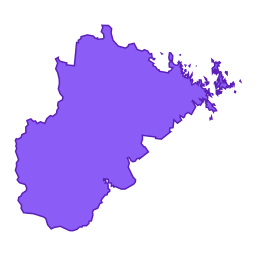 the district of Whitsunday, Queensland, Australia
{"feature_id": "25037944B87142005071762", "entity_name": "Whitsunday", "entity_type": "district", "adm_level": 2, "iso_a3": "AUS", "parent_name": "Australia", "parent_adm1": "Queensland", "projection": "albers", "projection_center": [148.444, -20.698], "detail": "fine", "context": "isolated", "style": "filled", "palette": "violet", "viewbox_px": 256, "rotation_deg": 0, "n_neighbors": 0, "source": "geoboundaries", "source_scale": "gbopen_adm2", "svg_char_len": 5713}
<svg xmlns="http://www.w3.org/2000/svg" viewBox="0 0 256 256"><path d="M63.0,96.9L62.4,99.8L58.2,102.2L57.6,105.2L58.6,108.0L57.0,110.2L56.5,113.3L52.9,116.4L50.3,115.6L46.9,118.6L44.7,123.4L40.4,121.8L37.2,123.6L35.5,121.0L33.0,121.2L30.9,118.9L26.9,120.5L28.2,124.7L25.8,127.0L25.9,132.8L21.9,134.6L21.0,137.6L17.6,139.2L16.3,138.7L15.4,140.4L16.5,143.9L15.8,146.3L16.8,147.9L15.6,151.4L18.6,159.7L16.4,163.0L16.6,166.2L15.4,170.3L18.7,177.3L17.2,179.8L19.5,182.7L25.2,184.5L26.8,188.1L26.2,190.7L22.2,193.4L21.0,196.0L18.8,197.3L18.1,200.5L21.6,205.4L21.1,208.3L23.6,212.7L33.5,213.7L43.8,217.0L45.8,218.6L47.7,224.8L51.2,228.9L54.3,227.4L60.3,226.3L69.6,230.6L72.8,230.7L77.2,229.2L79.4,227.0L82.1,227.0L82.8,225.7L86.5,225.7L88.8,223.5L89.2,221.2L91.4,220.9L92.9,214.9L92.5,211.9L93.6,209.9L97.7,208.2L99.9,203.5L102.1,202.6L101.1,200.5L102.3,198.5L105.1,195.1L107.1,194.8L107.7,192.5L109.7,191.4L109.7,189.6L108.0,188.6L108.2,185.5L107.4,183.0L105.2,182.9L105.9,181.7L105.4,179.9L103.7,180.5L103.7,178.8L108.2,179.3L108.7,182.8L111.4,183.1L111.4,186.3L113.4,185.5L114.0,187.1L115.0,186.4L121.3,189.1L125.2,189.0L133.6,184.2L135.2,182.2L135.6,180.0L132.8,176.7L128.2,167.1L129.3,162.9L127.4,157.9L129.2,157.5L131.1,160.7L133.0,161.8L135.4,161.0L136.5,159.0L139.4,158.0L139.5,158.8L148.4,151.9L144.9,146.8L143.8,146.8L141.1,143.4L142.5,139.3L142.4,135.3L155.7,137.0L155.6,138.4L161.4,139.1L170.6,131.8L169.7,131.7L169.8,128.1L173.0,127.7L173.9,119.8L177.4,123.2L181.6,120.1L180.2,117.7L180.2,115.6L183.4,117.7L184.5,116.9L185.2,114.3L188.0,112.4L191.4,114.4L195.7,106.7L193.3,102.9L193.4,101.7L192.2,101.3L192.7,100.6L197.7,105.4L199.3,104.5L200.4,105.2L202.4,102.3L201.5,100.2L199.9,99.6L199.6,98.9L202.5,100.1L203.3,102.5L203.0,98.5L204.0,99.4L204.8,98.9L205.2,101.1L206.0,101.4L206.1,99.5L207.0,102.2L205.6,103.0L206.9,104.7L206.1,105.0L206.2,107.4L208.2,107.6L209.4,110.2L212.1,109.7L213.5,112.0L213.7,111.1L216.5,110.7L215.5,108.7L212.0,106.1L212.7,104.9L214.7,105.2L213.9,103.9L211.7,104.4L207.6,100.1L207.7,96.1L205.5,95.4L206.9,95.3L206.6,93.4L207.5,93.5L207.9,92.0L206.4,90.5L205.7,92.2L204.6,91.0L206.1,89.9L205.5,88.8L203.1,88.8L200.9,86.6L200.7,85.2L202.5,85.9L203.4,85.6L203.1,84.4L203.4,84.8L204.1,84.3L201.8,83.9L201.0,80.0L199.3,79.9L199.3,82.7L197.5,81.8L198.0,84.7L195.7,82.7L192.0,84.9L191.5,84.0L192.8,80.5L192.2,79.4L190.6,81.1L190.4,77.9L192.0,75.4L192.0,73.9L189.7,77.9L188.7,77.6L188.4,73.2L187.3,75.3L187.4,78.2L184.6,77.3L186.5,73.8L184.5,76.3L182.8,76.0L182.9,74.3L183.8,73.7L184.3,72.7L181.6,73.1L182.3,71.5L181.2,71.0L182.6,69.4L182.4,68.7L181.3,69.2L181.4,67.8L180.1,67.3L180.9,62.4L178.8,63.4L177.7,65.2L176.1,65.2L174.3,64.7L172.3,62.2L170.2,61.6L169.1,63.1L169.3,67.0L172.8,67.7L171.0,70.4L168.7,71.4L168.5,72.9L159.5,71.3L159.1,69.9L157.4,69.6L155.7,67.0L153.2,65.8L152.9,64.5L153.8,63.5L148.6,60.2L149.6,57.9L152.2,58.0L151.5,53.0L151.2,54.0L149.5,53.9L147.6,51.0L144.3,49.7L142.2,51.2L137.2,49.5L134.0,43.3L128.7,44.6L127.9,46.6L125.4,48.1L118.2,46.1L113.0,40.2L111.1,33.1L111.6,28.6L108.5,25.5L102.0,25.3L102.8,27.4L101.3,31.7L103.6,34.1L104.0,37.7L103.2,38.8L97.9,39.3L96.9,38.6L97.5,38.3L98.0,37.4L97.3,38.3L95.0,38.2L93.4,36.1L87.4,34.9L81.0,36.7L81.1,38.5L78.3,40.3L78.4,42.7L76.6,42.5L74.4,65.7L66.5,64.9L66.8,63.0L60.1,61.3L58.1,58.8L58.3,57.4L55.5,58.9L57.7,63.0L55.7,68.8L57.7,72.6L59.2,78.8L59.4,83.9L58.3,88.8L60.1,93.7L63.0,96.9ZM219.7,80.9L214.9,85.7L216.4,85.2L215.9,86.2L216.8,86.0L217.3,87.4L220.1,84.6L220.3,83.0L220.9,83.4L218.5,86.9L219.7,87.0L219.8,89.6L222.0,89.0L221.3,88.0L222.4,86.7L225.5,88.9L226.5,86.7L227.9,87.6L229.5,86.1L227.5,85.3L225.8,82.0L224.8,83.5L225.9,79.9L223.8,82.0L224.4,79.7L222.5,81.5L222.3,78.8L223.2,77.3L222.8,76.5L221.1,76.8L221.8,74.7L220.8,73.6L221.3,72.3L220.2,71.7L219.1,71.9L219.5,75.0L217.3,80.1L217.7,80.8L219.3,79.1L219.7,80.9ZM218.4,64.2L220.3,62.8L219.5,61.8L216.4,63.1L216.3,64.0L215.9,62.0L214.4,62.9L214.8,66.0L212.2,68.3L212.5,73.1L215.2,68.3L213.9,72.8L215.1,73.6L216.6,69.3L216.7,74.0L218.7,71.8L217.2,66.7L218.1,65.3L219.3,66.6L218.4,64.2ZM172.7,55.7L170.7,52.9L169.5,52.8L168.8,57.7L169.4,60.1L172.4,60.6L172.7,55.7ZM208.8,91.2L209.2,88.3L208.2,90.3L208.9,95.0L211.1,96.4L208.8,91.2ZM232.5,83.7L230.7,83.6L230.6,86.8L232.5,86.6L231.9,84.7L233.2,83.2L233.4,81.6L232.5,83.7ZM219.5,91.6L219.0,90.5L218.2,90.0L218.0,93.3L218.7,93.0L218.7,94.6L219.6,92.5L220.2,92.0L220.1,93.4L221.1,93.3L221.6,91.6L219.5,91.6ZM208.5,83.6L208.7,82.1L206.9,82.0L206.5,85.0L208.5,83.6ZM217.5,95.0L217.1,90.7L216.3,90.5L216.3,93.8L217.5,95.0ZM212.1,61.8L213.2,62.0L213.5,60.8L211.9,59.4L212.1,61.8ZM226.9,72.1L225.6,71.7L225.4,72.5L227.1,74.5L227.1,71.2L226.9,72.1ZM214.4,83.8L215.7,83.6L215.8,81.7L214.6,82.2L214.4,83.8ZM206.8,80.5L206.4,78.8L204.9,77.7L205.8,79.8L206.8,80.5ZM153.2,59.4L154.0,59.7L154.8,58.8L153.7,58.3L153.2,59.4ZM235.2,92.6L235.6,91.7L235.0,91.1L234.6,92.2L235.2,92.6ZM184.6,70.8L185.9,71.2L185.8,69.8L185.2,69.8L184.6,70.8ZM234.0,85.3L234.2,84.0L233.7,83.1L233.5,84.2L234.0,85.3ZM189.6,66.5L189.9,65.2L189.0,65.9L189.6,66.5ZM213.2,95.4L212.6,93.8L211.9,93.7L213.2,95.4ZM210.2,119.6L211.2,119.0L210.1,118.4L210.2,119.6ZM211.2,117.6L211.8,118.2L211.5,116.7L211.2,117.6ZM179.2,62.1L178.9,61.4L178.3,62.3L179.2,62.1ZM230.0,86.6L230.1,87.6L230.6,87.2L230.0,86.6ZM239.9,81.1L240.6,81.6L240.2,80.6L239.9,81.1ZM216.0,87.8L216.3,89.3L216.4,88.1L216.0,87.8ZM181.6,66.2L182.2,66.0L181.8,65.4L181.6,66.2ZM185.2,65.2L185.5,65.8L185.8,65.3L185.2,65.2ZM161.6,53.6L161.8,54.0L162.1,53.9L161.6,53.6ZM204.2,86.6L204.2,86.0L203.9,85.6L204.2,86.6ZM195.8,65.9L196.6,66.2L195.8,65.9ZM180.1,54.9L180.4,55.0L180.7,54.3L180.1,54.9ZM205.5,81.6L205.2,82.4L205.4,82.5L205.5,81.6Z" fill="#8b5cf6" stroke="#5b21b6" stroke-width="1.5"/></svg>